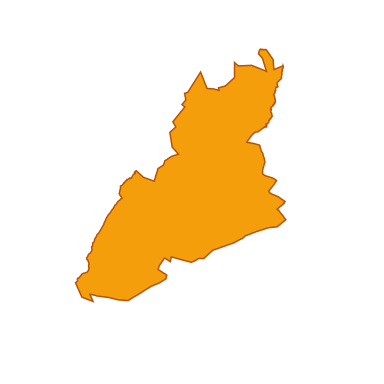 outline of Insiza, Matabeleland South, Zimbabwe, rotated 48°
{"feature_id": "62879985B6112756891378", "entity_name": "Insiza", "entity_type": "district", "adm_level": 2, "iso_a3": "ZWE", "parent_name": "Zimbabwe", "parent_adm1": "Matabeleland South", "projection": "mercator", "projection_center": [29.319, -20.268], "detail": "fine", "context": "isolated", "style": "filled", "palette": "amber", "viewbox_px": 384, "rotation_deg": 48, "n_neighbors": 0, "source": "geoboundaries", "source_scale": "gbopen_adm2", "svg_char_len": 5705}
<svg xmlns="http://www.w3.org/2000/svg" viewBox="0 0 384 384"><g transform="rotate(48 192 192)"><path d="M113.7,131.5L116.5,133.2L119.4,134.9L120.1,139.2L120.0,139.5L120.3,141.0L124.0,140.4L125.4,149.4L127.0,159.3L131.8,160.3L132.9,160.7L132.8,168.5L145.4,176.7L154.8,176.7L151.9,183.2L151.1,188.0L151.2,188.4L150.6,191.2L152.9,195.2L151.8,201.6L152.6,202.8L155.0,206.9L158.7,212.8L148.8,218.2L138.8,219.2L138.8,220.5L138.7,221.2L138.9,221.7L139.3,221.7L139.5,221.4L140.1,221.5L140.3,221.8L140.2,222.2L139.8,222.7L139.9,224.8L140.5,226.2L140.8,226.9L141.2,227.9L141.1,228.2L140.8,228.5L140.2,228.5L139.9,229.0L140.0,230.0L139.9,230.8L139.7,231.4L139.5,231.6L139.1,231.9L139.2,232.1L139.5,232.3L139.7,232.5L139.8,233.1L139.4,233.7L139.4,234.2L139.5,235.0L140.0,236.2L139.6,236.3L139.6,236.6L140.1,238.3L140.3,239.0L140.2,239.7L139.8,240.7L139.7,241.2L139.8,241.4L140.5,241.8L141.5,242.8L143.0,245.1L144.6,247.3L145.4,247.5L149.8,248.1L149.9,248.3L149.6,249.2L149.5,249.7L149.7,251.1L149.6,251.7L149.5,252.5L149.7,254.7L149.8,254.9L150.1,255.2L150.4,257.0L150.2,257.8L150.3,258.4L150.5,258.7L151.3,260.9L151.4,261.4L151.7,262.9L151.9,264.2L152.4,265.6L152.6,266.0L152.7,266.8L152.8,268.1L153.0,269.5L153.7,271.8L154.3,273.5L155.1,275.2L155.2,275.3L155.9,277.3L156.4,278.4L157.1,279.4L159.3,286.1L160.0,288.6L160.3,291.5L161.3,293.5L161.8,295.6L161.8,295.8L163.0,297.2L163.4,297.9L163.5,298.6L163.4,299.7L163.5,300.0L164.3,300.8L165.7,301.9L165.7,302.2L165.5,302.9L165.5,303.1L165.9,303.7L167.8,304.8L168.0,305.1L168.4,305.4L169.3,308.2L169.2,309.2L169.1,310.2L169.3,311.1L169.9,312.3L170.5,314.3L170.7,314.5L171.0,314.9L171.5,315.2L172.3,315.3L173.0,315.1L173.3,315.1L174.3,315.7L175.6,316.0L176.1,316.4L177.2,317.6L177.9,318.4L179.1,319.2L180.0,319.9L180.3,320.4L180.4,320.7L180.6,320.9L181.3,322.6L181.3,323.4L181.2,324.1L181.1,324.4L181.0,324.7L180.6,325.8L179.7,327.1L179.4,328.1L179.4,328.3L179.4,329.0L180.1,332.9L180.2,333.4L179.6,334.6L179.6,334.8L179.8,335.2L180.0,335.5L181.3,336.4L181.6,336.9L181.7,337.2L181.5,338.1L181.5,339.3L196.4,344.2L205.0,339.9L206.2,339.2L207.1,338.8L199.7,336.3L204.0,333.1L205.4,332.4L214.9,324.3L222.9,318.9L229.9,312.2L230.8,307.0L231.4,304.0L232.3,300.0L233.1,294.9L233.4,292.6L234.0,289.7L234.7,285.9L235.1,284.8L236.1,281.4L236.8,279.7L237.6,277.6L239.1,269.4L238.5,268.7L237.7,267.6L237.0,266.4L236.7,266.4L235.3,266.6L233.1,267.4L230.0,268.2L226.9,269.0L226.0,267.5L224.9,265.6L222.7,256.6L226.0,255.6L229.2,254.8L227.2,251.9L226.4,251.0L227.9,249.8L237.8,243.5L243.8,239.5L244.9,236.2L245.0,236.2L246.0,231.3L249.3,227.8L249.2,226.1L249.3,225.7L249.2,223.7L249.2,215.4L251.3,210.6L252.9,206.5L253.0,206.3L253.8,204.5L255.4,200.5L257.8,194.8L259.5,187.8L259.8,186.8L260.3,186.0L260.3,181.4L262.1,177.2L262.5,175.8L264.6,170.5L267.8,163.4L269.1,160.2L270.7,157.7L272.2,155.7L275.0,151.7L274.9,150.5L275.4,140.9L275.1,140.7L273.7,140.8L270.4,140.3L268.3,140.3L267.1,140.1L265.3,140.1L263.4,139.8L261.8,140.4L261.8,139.2L261.7,136.7L262.0,134.9L262.0,130.9L261.4,130.7L261.3,129.2L253.2,131.1L252.7,131.3L246.6,134.2L245.6,134.6L243.5,134.6L242.7,134.4L242.6,133.8L241.3,126.1L240.0,121.5L237.1,122.1L235.3,122.9L228.8,126.7L226.6,127.3L225.2,127.1L222.3,124.0L218.6,117.8L215.1,115.7L213.0,114.9L210.5,113.5L207.8,113.1L202.4,110.4L197.5,113.5L191.7,118.0L191.1,115.8L189.8,109.5L189.8,107.1L189.9,104.8L191.5,102.6L191.5,101.6L191.9,97.8L192.0,96.0L192.1,95.8L192.3,95.7L192.3,95.1L192.6,94.7L192.4,94.5L192.1,94.5L192.1,94.2L192.3,93.9L193.1,93.3L193.5,93.2L193.5,92.9L193.3,92.6L192.9,92.2L192.3,91.7L192.0,91.7L191.9,92.0L192.0,92.1L191.7,92.1L191.4,92.0L191.2,91.6L191.2,91.4L190.9,91.2L191.1,91.0L191.7,90.4L191.7,90.1L191.6,89.4L191.6,88.8L191.6,88.7L191.6,88.4L191.4,88.0L190.9,87.5L190.8,87.4L190.7,87.4L190.6,87.2L190.4,86.9L190.4,86.2L189.9,85.7L189.9,85.3L190.1,85.0L190.3,84.8L190.3,84.7L190.1,84.6L189.9,84.5L190.0,84.1L190.0,83.8L189.6,83.3L189.6,83.0L189.4,82.6L189.3,82.3L189.5,82.2L189.5,81.9L189.3,81.6L188.8,81.5L188.4,81.3L188.0,80.9L187.8,80.8L187.7,80.8L187.4,80.8L186.9,80.4L186.9,80.2L185.4,79.9L185.0,79.7L184.6,79.2L184.1,78.1L183.8,77.7L183.6,77.6L183.4,77.7L182.9,78.1L182.7,78.1L182.5,77.6L182.3,77.4L182.3,76.8L181.9,76.4L181.9,76.0L182.1,75.5L182.0,74.7L182.3,74.5L182.3,74.4L181.9,73.8L181.5,73.5L181.4,73.3L181.4,73.1L181.8,72.8L181.8,72.7L181.8,72.3L181.3,71.7L181.3,71.3L181.0,71.1L181.3,70.9L181.4,70.7L181.2,70.5L181.1,70.3L180.7,69.9L180.5,69.6L180.0,69.1L179.8,68.8L179.4,68.6L178.9,68.5L178.7,68.2L178.3,67.9L177.7,67.6L177.3,67.6L177.1,67.5L176.9,67.2L176.3,67.0L175.1,66.3L174.7,66.2L174.3,66.3L174.1,66.1L174.0,65.8L173.9,65.6L173.9,65.3L174.0,64.9L174.1,64.7L173.9,64.2L173.4,63.4L173.2,63.3L172.5,63.1L172.4,63.0L172.4,62.7L172.6,62.2L172.5,61.8L171.3,60.8L170.5,59.9L170.3,59.6L170.3,59.3L170.3,59.1L171.2,58.3L171.4,58.0L171.4,57.8L171.1,57.6L170.6,57.6L170.4,57.5L170.1,57.3L169.8,56.8L169.6,56.7L168.4,56.5L168.1,56.3L167.9,56.0L167.7,55.0L167.7,54.4L167.7,53.6L167.7,53.2L167.4,52.6L167.4,52.3L167.6,51.0L167.4,49.7L166.5,48.5L166.1,48.4L165.9,48.1L165.6,47.7L165.1,47.0L164.8,46.4L164.7,46.3L164.2,46.0L163.5,45.8L163.2,45.3L163.1,44.6L162.7,44.0L161.3,43.1L161.1,42.7L160.9,42.1L160.9,41.6L160.6,40.9L160.2,40.5L159.8,40.2L158.9,39.8L159.1,40.1L155.8,49.2L147.9,43.1L136.2,41.6L135.3,41.9L134.6,43.2L134.2,43.6L133.4,43.8L133.1,44.7L131.6,45.4L131.9,47.2L133.8,50.1L139.8,50.2L152.1,55.9L137.7,63.0L129.3,73.2L124.3,73.8L135.4,83.8L135.5,96.5L135.4,96.5L132.3,102.6L134.5,103.9L129.8,107.0L125.2,111.5L124.5,111.3L116.9,108.5L116.8,108.4L116.3,108.2L108.6,105.4L115.2,128.7L114.9,129.0L114.7,129.3L114.3,130.2L114.1,130.9L113.9,131.3L113.7,131.5Z" fill="#f59e0b" stroke="#b45309" stroke-width="1.5"/></g></svg>